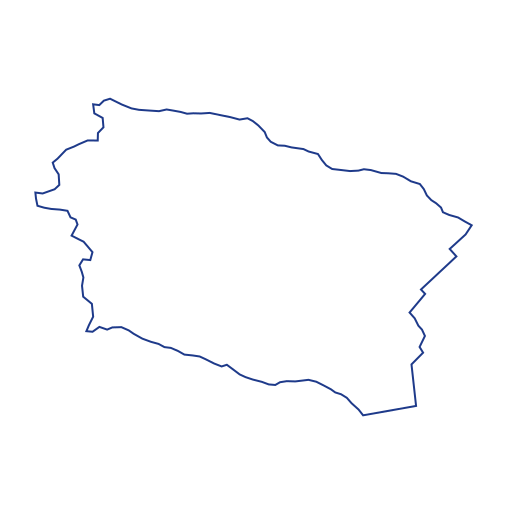 Douradina, Mato Grosso do Sul, Brazil, rotated 267°
{"feature_id": "56859067B6563900409814", "entity_name": "Douradina", "entity_type": "district", "adm_level": 2, "iso_a3": "BRA", "parent_name": "Brazil", "parent_adm1": "Mato Grosso do Sul", "projection": "albers", "projection_center": [-54.58, -22.015], "detail": "fine", "context": "isolated", "style": "outline", "palette": "blue", "viewbox_px": 512, "rotation_deg": 267, "n_neighbors": 0, "source": "geoboundaries", "source_scale": "gbopen_adm2", "svg_char_len": 1961}
<svg xmlns="http://www.w3.org/2000/svg" viewBox="0 0 512 512"><g transform="rotate(267 256 256)"><path d="M416.0,101.3L406.9,102.0L401.9,110.1L392.5,110.4L387.1,104.6L379.6,104.0L380.2,93.9L376.9,84.9L374.8,80.0L372.1,72.0L363.5,62.8L359.9,57.9L354.3,59.4L347.9,63.2L337.3,63.3L333.2,58.4L329.6,46.2L330.9,39.0L324.9,39.3L317.6,40.4L315.3,47.1L313.7,54.0L312.6,62.6L311.0,70.1L304.3,72.8L301.8,77.9L296.8,79.4L286.0,72.9L282.0,79.8L279.3,84.6L268.4,92.9L260.6,90.3L261.7,83.1L255.9,79.1L249.3,81.2L243.6,82.5L235.4,80.7L224.4,81.3L216.8,89.6L203.9,90.2L195.6,85.5L189.8,82.7L188.9,88.8L193.4,95.9L190.3,103.5L192.2,108.8L192.0,117.8L188.4,125.0L184.7,129.8L179.4,138.2L175.8,146.6L173.3,154.1L169.8,159.8L168.7,166.1L165.2,173.2L161.3,179.3L160.0,187.6L158.6,194.5L155.6,200.2L150.8,208.6L147.5,215.9L148.9,221.2L143.4,227.8L138.6,233.5L135.6,239.2L132.8,246.3L130.0,255.3L127.1,262.0L126.2,268.5L128.7,273.4L129.4,280.2L128.7,288.7L129.2,296.2L129.6,301.9L127.3,309.6L123.7,315.9L119.0,323.8L115.6,328.0L113.5,333.7L109.6,339.3L104.0,343.7L97.3,350.4L91.3,354.6L97.9,408.0L139.6,405.6L150.7,417.8L156.6,414.6L167.3,420.5L173.8,417.9L177.9,414.5L185.5,411.2L191.5,406.4L209.3,422.9L213.9,419.0L245.1,456.1L252.9,449.8L266.5,466.4L275.4,473.0L279.5,466.4L283.9,459.8L286.9,451.0L289.9,445.0L294.7,443.3L299.2,438.7L302.6,434.0L307.5,429.8L314.0,427.1L319.3,423.4L322.5,414.6L327.6,407.0L330.7,400.1L331.7,392.3L332.3,385.5L335.8,375.2L337.0,368.3L335.9,362.7L335.9,354.3L337.6,344.4L338.9,336.6L342.8,330.9L348.4,326.8L354.6,323.2L357.6,314.0L360.3,309.0L361.4,303.3L362.6,297.1L364.6,290.5L365.3,283.6L369.3,276.7L373.8,273.1L379.3,271.2L386.2,265.2L390.9,259.9L394.0,254.7L393.1,246.7L396.0,237.7L398.7,227.2L401.3,217.3L401.2,208.6L401.8,200.9L401.7,194.6L403.8,188.3L405.6,180.7L407.0,174.4L405.7,166.7L406.8,157.4L408.1,146.8L409.9,139.4L414.3,129.9L420.7,118.5L419.1,112.2L414.9,107.4L416.0,101.3Z" fill="none" stroke="#1e3a8a" stroke-width="2"/></g></svg>